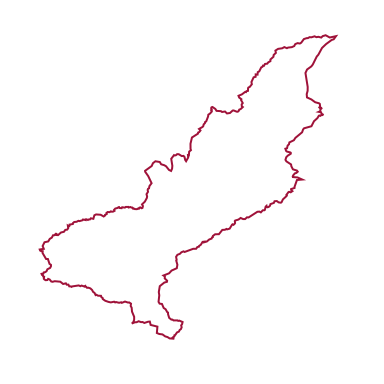 Ramoetsana, Mafeteng, Lesotho, rotated 265°
{"feature_id": "5366337B15591495914188", "entity_name": "Ramoetsana", "entity_type": "district", "adm_level": 2, "iso_a3": "LSO", "parent_name": "Lesotho", "parent_adm1": "Mafeteng", "projection": "robinson", "projection_center": [27.537, -29.836], "detail": "fine", "context": "isolated", "style": "outline", "palette": "rose", "viewbox_px": 384, "rotation_deg": 265, "n_neighbors": 0, "source": "geoboundaries", "source_scale": "gbopen_adm2", "svg_char_len": 5991}
<svg xmlns="http://www.w3.org/2000/svg" viewBox="0 0 384 384"><g transform="rotate(265 192 192)"><path d="M334.7,349.0L333.9,342.7L336.5,338.8L335.9,335.8L334.6,334.2L335.6,331.4L335.4,329.4L336.4,327.7L335.7,324.4L336.0,322.6L335.2,320.9L335.3,319.8L334.6,316.8L331.2,313.8L330.5,312.4L331.1,310.2L330.6,308.5L330.2,307.6L328.5,306.6L327.6,304.1L327.5,300.3L327.0,299.1L328.3,296.6L327.3,294.4L327.1,290.3L325.6,287.4L323.3,287.7L321.4,285.3L319.6,284.9L317.2,281.7L315.5,281.5L314.5,279.2L313.3,278.2L313.2,275.9L311.4,274.6L311.7,273.7L310.6,273.1L310.1,271.8L306.3,269.5L305.7,268.0L303.2,267.5L303.6,265.7L301.2,265.4L300.9,263.4L296.4,260.8L294.1,261.0L291.5,258.5L291.3,257.5L290.6,256.9L287.9,256.6L287.7,255.1L286.8,254.5L287.1,253.7L284.9,250.2L283.8,246.7L282.0,247.2L280.1,249.3L279.3,248.9L276.2,250.3L274.9,249.1L273.0,249.1L272.2,250.0L270.4,247.7L269.9,246.2L268.8,245.7L268.0,244.6L268.1,243.6L269.6,240.6L269.6,239.6L267.4,236.7L267.2,233.7L269.3,231.9L269.1,228.9L270.0,227.9L270.7,223.5L272.7,222.5L274.9,219.8L274.7,218.9L273.9,218.4L272.1,218.9L271.8,218.2L270.4,218.7L268.6,216.8L267.6,215.0L265.8,214.6L261.1,212.3L260.5,211.1L259.5,210.9L258.3,209.5L256.7,209.0L255.9,208.2L254.2,204.5L252.6,205.8L252.0,205.3L251.0,204.3L250.7,203.3L249.6,203.0L246.3,196.7L240.2,194.7L235.1,194.3L233.8,194.6L232.5,192.7L228.8,192.1L229.1,191.2L226.7,191.2L223.2,188.8L224.6,188.0L227.5,187.6L228.7,186.7L228.7,184.9L230.8,182.1L231.0,180.5L230.0,179.1L229.9,177.9L230.3,177.3L226.9,174.2L219.8,174.7L217.0,174.2L214.8,173.0L216.0,171.0L219.9,168.4L221.1,166.7L222.3,163.7L224.7,162.5L225.8,158.2L224.1,155.6L221.4,154.1L217.2,147.1L216.3,147.1L211.6,149.8L204.3,152.5L201.6,150.1L199.4,149.5L199.0,148.5L197.9,148.0L196.0,148.2L193.8,146.5L191.5,146.9L190.0,146.5L186.5,144.2L184.0,141.1L182.3,141.9L180.5,141.3L180.2,140.5L181.2,139.1L181.0,138.4L180.2,138.0L180.4,137.3L180.0,137.2L179.7,135.5L180.0,133.5L180.8,132.4L180.5,131.9L181.7,131.2L181.7,130.4L182.4,129.4L182.1,127.5L182.7,127.3L182.9,124.7L182.3,123.8L182.9,121.1L182.0,120.5L182.4,118.4L183.3,118.1L183.3,117.5L182.6,116.4L182.2,114.1L181.0,112.8L180.0,113.2L179.4,111.9L179.3,110.5L179.8,109.5L179.1,108.2L179.4,106.2L178.6,105.0L177.6,105.2L176.8,103.4L176.2,103.4L175.3,101.9L177.3,99.0L178.0,94.5L177.3,92.7L173.9,91.4L174.6,88.9L173.6,88.0L173.6,86.5L173.2,85.9L174.0,84.5L174.0,83.7L173.3,83.6L174.1,81.0L173.4,80.5L172.8,77.4L173.2,76.3L172.4,74.5L172.4,72.1L171.4,70.7L170.5,70.5L170.2,67.2L169.1,67.1L168.5,66.4L169.3,65.4L166.7,65.5L165.4,64.4L165.3,62.5L163.5,60.9L163.1,58.0L160.7,54.8L161.0,53.0L162.1,53.3L162.3,52.8L160.9,51.0L161.0,49.8L158.8,48.4L157.7,46.2L155.3,44.5L154.8,40.7L151.2,38.5L148.3,39.4L148.0,35.3L146.9,35.6L146.2,36.7L146.0,38.1L144.3,37.8L138.0,40.8L137.8,42.6L132.8,43.8L131.8,45.1L130.5,45.1L128.8,44.1L127.6,41.2L125.8,40.2L125.0,38.9L124.8,37.3L123.8,36.9L123.6,35.0L122.5,35.3L121.9,36.3L120.8,36.4L120.5,37.3L118.5,36.8L117.7,37.4L116.9,38.5L116.9,40.2L118.0,41.1L117.2,42.6L115.1,44.0L114.7,45.3L115.1,47.5L114.1,53.0L111.6,55.6L112.0,58.4L110.6,59.1L110.5,60.8L108.7,61.5L108.5,63.2L108.0,63.7L108.4,64.7L108.8,71.0L107.9,72.6L108.4,73.8L107.4,76.2L107.7,77.2L107.0,77.1L106.9,78.2L105.7,79.1L105.7,80.5L104.8,82.4L103.0,84.0L101.2,84.7L100.0,86.1L97.7,87.0L98.0,87.8L96.9,89.3L96.5,92.3L95.1,92.6L94.1,93.8L93.1,93.8L91.2,96.1L89.8,99.2L89.1,101.5L89.5,104.9L88.7,105.8L89.0,106.7L88.0,109.7L88.3,111.9L87.7,112.4L88.7,115.7L87.4,118.7L87.5,119.7L86.1,121.5L83.8,121.0L82.0,121.8L78.1,121.8L72.7,123.5L69.6,123.2L67.4,122.1L66.2,120.6L67.2,123.8L67.1,125.5L67.9,127.6L66.8,129.9L66.8,131.4L65.7,133.1L66.6,136.9L66.6,138.7L63.2,139.2L60.9,145.8L54.6,144.7L53.4,147.0L52.7,150.2L50.5,152.7L49.6,155.0L48.1,156.9L47.5,160.7L48.6,161.0L48.8,160.2L50.0,162.0L50.8,162.0L51.1,162.9L53.4,164.8L54.1,166.8L55.6,167.7L56.4,169.0L58.1,169.9L60.1,169.6L61.2,170.6L63.3,171.3L65.0,168.1L64.8,167.0L65.4,166.2L65.7,162.4L66.6,161.4L66.7,160.3L68.6,158.3L72.3,157.5L74.0,157.6L74.6,156.8L77.5,155.5L78.9,153.7L83.1,152.3L83.6,150.0L85.5,149.1L92.0,150.4L95.2,150.2L101.0,151.7L104.2,156.5L104.7,159.2L105.8,159.5L108.3,157.3L110.2,157.6L111.3,156.3L113.0,162.1L115.5,164.8L117.4,170.2L120.8,171.1L125.1,170.3L125.7,170.8L128.8,170.5L130.7,172.0L131.5,174.6L132.9,176.2L133.6,178.4L132.9,179.4L135.3,188.2L135.1,191.2L136.7,192.5L136.9,194.1L137.6,194.3L138.7,196.2L141.4,198.2L141.5,200.1L140.9,199.9L141.4,202.5L143.2,205.0L143.9,207.5L145.0,208.0L145.2,208.8L146.4,209.0L147.9,211.4L147.6,215.1L151.6,218.9L151.5,221.5L152.2,223.1L151.7,223.7L152.2,226.3L156.0,229.1L156.3,229.7L155.7,230.4L156.3,231.4L157.3,232.2L159.3,232.1L159.8,232.5L160.5,235.9L161.9,238.2L160.6,240.5L160.4,242.5L162.0,244.6L161.7,246.1L166.6,255.4L166.6,257.4L165.7,258.8L167.6,260.9L167.5,262.5L167.8,263.0L171.0,264.1L171.7,265.0L170.5,265.1L170.2,265.8L170.4,267.0L171.5,268.5L173.1,269.1L174.0,272.6L175.6,273.4L175.6,275.7L174.1,277.4L173.6,279.6L174.1,280.4L176.7,281.9L179.7,285.8L180.4,286.2L180.9,285.8L183.5,288.1L183.7,288.7L183.1,290.3L184.1,292.1L185.5,290.9L186.3,291.0L187.1,294.5L188.2,294.6L194.8,297.6L194.8,302.9L197.3,298.4L198.1,293.8L198.7,293.7L199.8,294.3L201.6,296.1L201.9,297.6L203.0,299.1L204.2,298.4L205.8,294.5L209.0,293.2L210.8,293.1L214.3,288.7L215.9,287.9L218.4,288.9L219.9,290.6L221.4,293.6L222.2,293.9L222.8,293.5L224.0,290.1L224.8,289.3L227.0,288.8L227.3,290.5L229.9,291.3L231.1,292.8L232.9,293.3L234.7,298.0L236.9,299.7L241.9,306.9L244.6,308.1L245.7,309.2L247.1,316.7L251.9,319.7L254.7,323.4L256.8,324.9L257.1,325.4L256.7,326.4L257.1,326.7L257.3,328.8L257.8,329.1L258.7,327.9L260.2,327.5L260.8,325.3L261.3,326.8L263.0,327.1L264.0,328.3L264.5,328.1L264.6,326.6L265.2,326.2L265.8,327.1L268.6,327.0L269.3,326.3L270.7,322.5L273.8,319.0L276.2,314.8L279.5,314.8L282.7,316.0L286.6,316.4L300.7,315.4L304.0,317.3L306.7,321.8L308.4,323.4L316.1,328.1L317.7,329.8L324.2,334.1L327.7,338.5L331.3,344.4L331.8,346.5L334.7,349.0Z" fill="none" stroke="#9f1239" stroke-width="2"/></g></svg>